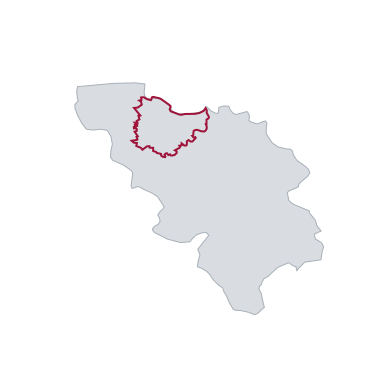 East Flanders on a map of Belgium (Equal Earth projection), rotated 21°
{"feature_id": "BEL-3478", "entity_name": "East Flanders", "entity_type": "Province", "adm_level": 1, "iso_a3": "BEL", "parent_name": "Belgium", "parent_adm1": "", "projection": "equal_earth", "projection_center": [3.869, 51.045], "detail": "fine", "context": "in_parent", "style": "outline", "palette": "rose", "viewbox_px": 384, "rotation_deg": 21, "n_neighbors": 0, "source": "natural_earth", "source_scale": "10m", "svg_char_len": 3807}
<svg xmlns="http://www.w3.org/2000/svg" viewBox="0 0 384 384"><g transform="rotate(21 192 192)"><path d="M174.9,107.1L180.8,109.5L186.0,110.0L188.3,109.0L186.8,103.2L191.0,100.2L195.6,98.8L197.8,101.3L202.1,103.8L205.4,103.8L214.5,97.2L216.6,98.5L218.6,100.9L219.0,102.7L219.4,104.7L221.5,105.5L228.6,105.1L232.2,101.6L235.1,99.3L237.2,100.8L238.3,105.2L240.3,110.9L249.0,117.3L256.2,119.1L265.1,117.9L268.6,116.7L271.0,117.7L273.4,121.1L278.6,124.9L289.4,127.7L292.7,129.2L295.1,131.8L294.4,135.6L289.4,144.9L288.8,147.6L289.5,148.5L288.5,150.2L281.9,156.5L281.3,158.7L283.6,162.3L285.4,165.2L289.5,166.7L293.3,167.2L300.4,167.4L308.1,167.6L309.0,169.3L317.6,174.4L320.3,178.4L326.5,182.2L321.5,187.1L322.3,189.3L324.2,191.6L331.1,192.9L334.6,196.1L334.9,201.0L336.6,209.1L322.4,217.1L318.5,226.1L318.2,227.9L317.7,227.6L316.0,224.6L313.4,224.7L307.5,223.4L299.3,231.5L295.7,238.3L293.5,243.2L290.2,247.2L289.6,251.5L290.1,253.3L288.9,255.6L288.9,258.0L293.7,262.8L295.0,265.3L300.9,273.8L299.1,276.9L297.7,280.2L296.1,282.6L294.1,284.1L288.1,284.0L280.5,285.1L275.4,286.7L272.7,286.8L267.1,282.5L260.9,276.2L257.0,273.2L255.2,270.6L250.4,269.5L243.4,266.4L238.6,263.0L234.5,260.9L228.7,259.8L223.9,259.9L222.5,254.2L221.9,247.7L217.9,243.4L223.2,226.4L220.0,224.8L216.5,226.1L211.6,230.2L209.2,235.0L207.8,239.3L199.4,243.3L186.1,244.8L171.5,243.3L169.4,242.2L168.5,241.0L168.5,239.5L169.5,237.2L172.0,234.4L172.7,230.4L170.0,227.0L168.3,225.7L169.0,222.3L170.9,218.2L171.3,215.8L161.4,208.6L154.3,207.2L147.4,207.0L142.1,206.2L139.1,206.5L136.9,208.6L134.7,210.1L133.0,208.3L129.9,195.6L127.6,193.7L118.7,191.5L106.5,190.8L103.3,188.5L101.6,182.8L100.5,175.9L96.5,169.3L94.5,167.7L90.9,164.8L84.6,166.0L77.0,169.8L72.5,170.8L70.8,171.2L64.7,167.5L58.0,161.7L52.6,155.6L51.3,152.2L53.0,148.0L51.1,144.9L48.2,139.1L47.4,134.6L80.1,118.6L100.0,110.4L109.4,108.0L111.6,116.2L113.3,118.8L115.5,120.5L118.5,120.8L121.9,118.8L126.6,116.6L134.2,117.6L139.7,119.6L141.7,121.6L145.3,123.6L150.7,124.1L161.0,120.3L170.9,114.6L173.8,110.7L174.9,107.1Z" fill="#d9dde1" stroke="#a8b0b8" stroke-width="1"/><path d="M113.0,120.6L114.7,121.2L117.1,121.4L120.7,121.0L120.9,120.1L120.7,118.9L120.8,117.8L121.7,117.1L122.8,116.9L124.0,116.8L126.9,116.3L128.8,116.2L130.7,116.5L139.8,118.9L141.3,119.6L141.7,120.9L141.5,121.9L141.6,122.9L142.8,124.0L143.7,124.3L152.6,124.2L154.2,123.8L157.7,121.6L166.9,117.9L170.6,115.6L173.6,112.4L174.0,111.5L174.6,109.3L174.6,108.9L176.1,110.0L176.7,110.9L177.2,112.6L178.4,113.8L179.8,114.8L180.7,115.7L181.0,116.3L181.1,116.9L180.9,117.5L180.4,118.2L180.1,118.4L179.6,119.3L181.2,123.4L180.6,123.7L182.4,125.8L182.8,127.0L183.0,127.7L182.7,129.7L181.7,131.2L178.7,132.0L175.7,132.0L174.2,132.2L172.9,133.0L171.9,133.9L171.7,134.3L171.8,134.7L171.9,135.5L172.1,136.4L172.5,137.5L172.8,138.6L172.4,139.5L172.2,139.6L173.1,140.2L174.0,140.5L175.4,139.6L176.1,140.2L174.3,144.7L172.6,145.4L170.2,144.7L169.0,146.6L170.1,149.2L170.1,150.5L168.3,151.4L164.9,150.3L165.6,152.1L163.6,153.3L164.7,154.1L164.6,155.1L161.1,159.2L163.0,159.5L163.7,160.9L162.6,163.5L160.4,165.1L159.1,165.5L158.0,164.7L156.7,166.0L154.8,164.8L153.9,165.2L152.9,166.9L154.5,168.6L154.4,169.1L151.9,169.6L150.2,169.1L149.4,167.5L145.1,168.2L144.1,167.4L141.1,167.7L139.9,164.7L136.6,165.8L135.8,164.5L133.6,165.5L130.6,170.3L128.5,169.1L123.5,169.0L123.0,166.0L120.0,166.8L117.3,165.8L122.0,163.0L122.2,162.3L120.4,160.4L121.4,159.4L116.8,156.2L118.5,154.8L117.9,153.0L116.8,152.6L115.0,153.4L114.4,152.1L115.4,151.3L114.8,150.2L116.6,150.5L117.1,150.0L116.0,149.1L117.5,149.1L113.9,147.7L116.2,146.8L114.9,145.5L116.9,143.1L114.7,140.0L116.3,139.1L107.8,134.3L111.1,132.6L113.8,128.5L112.1,126.0L110.1,125.5L111.9,124.4L110.6,122.0L113.1,120.7L113.0,120.6Z" fill="none" stroke="#9f1239" stroke-width="2"/></g></svg>